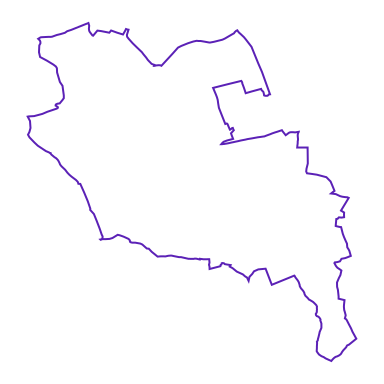 the district of Viisoara, Bihor, Romania
{"feature_id": "2599482B21009724792722", "entity_name": "Viisoara", "entity_type": "district", "adm_level": 2, "iso_a3": "ROU", "parent_name": "Romania", "parent_adm1": "Bihor", "projection": "robinson", "projection_center": [22.454, 47.387], "detail": "fine", "context": "isolated", "style": "outline", "palette": "violet", "viewbox_px": 384, "rotation_deg": 0, "n_neighbors": 0, "source": "geoboundaries", "source_scale": "gbopen_adm2", "svg_char_len": 5901}
<svg xmlns="http://www.w3.org/2000/svg" viewBox="0 0 384 384"><path d="M356.3,338.7L352.4,331.6L351.1,328.5L349.1,324.7L346.9,320.4L346.3,319.4L344.9,318.4L345.7,315.3L344.8,311.9L344.2,310.0L343.9,306.8L344.0,304.8L344.5,300.1L342.4,299.6L338.6,298.7L338.6,296.4L337.9,289.8L337.1,286.9L337.0,282.5L338.9,278.0L340.4,275.1L341.4,270.5L339.6,269.2L337.5,267.8L337.0,267.3L335.9,265.9L335.3,264.8L334.8,263.8L334.4,263.1L334.8,262.4L337.3,262.1L340.0,261.3L341.5,258.8L345.2,258.1L348.1,257.0L350.8,255.9L349.3,250.7L348.3,248.9L347.3,247.4L347.1,245.4L347.0,243.7L345.6,240.7L344.0,237.0L342.8,233.8L341.1,227.1L339.4,226.9L337.2,226.4L335.7,226.0L335.7,225.9L336.3,219.0L337.6,218.8L338.2,218.1L338.8,217.4L339.5,217.4L341.5,217.6L344.1,217.2L344.0,214.5L344.1,212.5L341.0,210.6L348.7,197.9L347.4,197.3L345.0,197.1L342.2,196.7L340.0,196.1L335.8,194.1L331.1,193.5L332.8,192.1L334.5,190.9L332.1,185.0L330.6,181.5L326.4,177.2L316.9,174.7L311.6,173.9L307.0,173.3L306.2,171.5L306.5,168.7L307.8,163.5L307.6,147.5L297.2,147.5L297.3,146.6L297.4,145.3L297.5,144.8L297.6,144.0L297.7,143.1L297.7,142.3L297.7,141.7L297.8,140.8L297.9,140.5L298.0,139.6L298.0,138.9L297.9,137.8L297.8,137.0L297.7,135.1L297.9,133.9L298.2,132.9L298.4,132.5L298.6,132.2L298.7,131.8L295.2,132.4L294.1,132.3L293.0,132.2L292.1,132.2L291.0,132.2L290.2,132.3L289.3,132.6L288.6,133.0L287.5,133.9L285.7,135.2L282.6,131.3L281.9,130.2L280.4,130.7L277.4,131.7L274.8,132.5L272.2,133.4L270.0,134.3L268.3,134.9L266.4,135.6L264.4,136.4L262.8,136.6L260.1,137.0L257.8,137.3L251.8,138.4L249.3,138.8L247.5,139.1L245.4,139.6L240.8,140.5L238.3,141.1L235.4,141.7L233.2,142.2L231.6,142.5L229.9,142.9L228.1,143.3L225.1,143.8L223.9,144.0L223.2,144.0L222.6,144.1L221.9,144.2L221.3,144.2L222.4,142.9L223.6,141.8L227.0,140.5L233.1,138.9L231.9,135.8L231.0,133.3L232.4,131.8L233.8,130.2L233.5,129.7L233.2,129.0L232.9,128.3L232.8,127.9L232.2,128.0L231.4,128.7L230.3,129.6L229.9,129.7L228.4,126.2L227.6,124.2L227.2,123.7L226.7,123.5L225.3,124.0L222.0,115.7L218.9,107.8L218.2,103.6L217.7,99.9L217.0,97.4L215.9,94.5L215.0,92.4L213.1,87.9L227.0,84.4L241.3,80.9L242.0,82.0L242.3,83.0L242.3,83.6L242.9,85.0L244.0,88.0L244.9,90.7L245.7,93.2L251.9,91.4L261.1,88.9L261.3,89.4L261.7,90.3L262.6,91.1L263.3,91.8L263.6,92.7L263.9,94.0L264.1,95.4L264.6,95.6L265.6,95.8L267.0,95.8L267.6,95.7L268.2,95.2L268.7,94.5L270.0,94.3L262.0,72.0L258.3,63.5L251.5,46.8L245.8,39.4L243.9,37.1L240.6,34.0L238.9,32.5L237.9,31.2L237.3,30.3L236.1,30.9L234.7,32.2L234.0,33.3L232.0,34.4L224.8,38.6L222.4,39.7L214.0,41.8L210.3,42.5L209.1,42.5L204.2,41.6L200.7,41.0L198.4,41.0L196.7,40.8L193.4,41.5L188.1,43.2L181.4,45.9L178.0,47.6L172.4,53.9L161.4,65.8L160.4,65.3L158.7,65.2L156.4,65.4L154.3,65.9L154.1,65.9L154.3,65.5L154.5,64.9L153.2,64.5L152.1,64.1L151.3,63.6L150.3,62.5L149.2,61.4L147.8,59.9L146.2,57.6L144.7,55.8L143.3,54.1L141.9,52.2L137.2,47.7L132.7,43.3L128.5,38.6L127.1,36.7L126.9,34.9L128.5,29.7L127.4,29.5L126.0,29.0L125.2,30.7L123.0,34.5L117.2,32.7L111.1,30.5L109.3,32.7L101.2,31.1L97.4,30.6L93.1,35.7L92.4,35.4L90.8,33.3L89.8,32.0L89.2,30.8L88.9,28.8L89.2,25.7L88.4,23.0L71.2,29.9L67.2,31.2L64.9,32.8L60.5,34.1L56.8,35.0L52.1,36.7L50.5,36.9L47.7,36.9L41.9,37.2L40.9,37.3L40.5,37.4L38.7,38.5L38.2,38.8L39.9,40.5L40.4,41.9L40.4,43.4L39.3,45.4L39.0,52.3L40.1,57.0L47.0,60.7L53.4,64.6L55.9,66.5L56.9,68.2L57.1,72.5L59.9,82.0L62.5,85.8L63.8,95.4L63.8,98.2L62.5,100.0L59.7,103.4L57.5,103.7L56.1,104.3L55.7,104.8L55.6,105.6L56.8,106.3L57.9,107.2L57.8,107.9L56.8,108.6L47.3,111.8L42.4,113.9L34.1,116.1L28.7,116.4L27.7,116.6L30.0,121.0L30.5,128.0L29.4,132.0L28.0,134.7L29.5,137.4L34.5,142.6L37.8,145.7L45.9,151.1L49.0,152.4L50.1,153.2L50.6,153.1L50.8,153.8L51.4,154.6L54.5,157.2L56.1,158.2L57.7,159.8L58.6,161.2L59.6,163.2L60.0,164.3L60.6,165.2L61.6,166.4L65.2,169.8L67.4,172.7L69.3,174.7L71.5,176.6L76.0,180.0L77.8,181.9L78.4,183.8L80.3,183.9L84.2,192.6L87.8,201.3L90.3,208.6L90.2,209.9L93.9,214.0L96.7,220.9L99.7,228.7L101.7,234.6L102.6,236.4L102.5,237.9L102.2,238.7L101.4,239.3L100.4,239.5L100.7,239.8L102.5,239.1L106.2,239.1L109.6,238.9L112.5,238.0L117.7,234.8L119.8,235.3L123.7,236.7L128.5,238.9L129.5,239.9L130.2,241.4L130.0,241.7L130.2,242.0L131.0,242.4L132.4,242.7L135.4,242.7L140.4,243.6L142.3,244.5L146.8,248.5L148.8,248.7L151.7,251.8L157.6,256.6L158.9,256.5L159.7,256.4L162.0,256.3L165.5,256.4L168.2,255.8L170.3,255.6L171.6,255.6L173.8,256.1L178.9,257.1L180.9,257.1L188.4,258.8L193.4,258.9L194.9,258.6L196.4,258.7L199.8,259.5L199.9,258.8L203.8,259.3L209.2,259.2L209.5,262.6L209.0,264.8L209.5,266.6L209.6,269.0L220.4,266.2L220.7,264.8L221.4,264.5L221.8,263.5L221.8,263.2L222.7,263.0L224.0,263.3L224.7,264.1L226.3,264.4L230.6,265.1L229.7,266.6L232.5,268.1L236.8,271.6L242.9,274.4L245.0,276.3L247.1,277.6L247.9,279.5L248.6,280.9L249.5,276.8L252.2,274.0L252.6,273.4L254.0,271.3L258.3,269.4L265.6,268.7L271.8,284.8L294.3,275.6L294.7,276.0L295.4,277.4L297.5,280.1L298.0,280.9L298.4,281.5L298.9,282.6L299.3,283.9L299.7,285.1L299.7,285.9L300.1,286.8L300.9,288.2L301.2,288.6L302.2,289.7L303.4,291.2L304.3,292.8L304.4,293.7L304.9,294.8L305.5,295.9L306.4,296.7L307.9,298.2L309.0,299.6L309.7,299.9L311.9,301.2L313.0,301.9L313.8,302.6L315.0,303.8L315.6,304.4L316.4,305.3L317.0,306.7L316.8,308.0L316.9,308.5L317.0,309.1L316.9,310.2L316.8,310.7L316.9,311.1L316.8,311.3L316.8,312.1L316.6,312.5L316.5,312.8L316.4,313.0L315.8,313.9L316.0,315.1L316.8,316.1L318.2,316.6L319.1,317.3L320.2,318.8L320.5,319.6L320.4,319.8L320.3,320.3L321.1,322.6L321.4,323.5L321.4,327.9L319.6,332.1L319.5,332.9L318.5,337.1L317.9,339.2L317.8,340.3L316.9,341.8L317.1,342.8L316.9,346.4L316.9,347.9L316.7,351.2L317.4,352.4L319.0,354.5L321.5,356.2L323.7,357.1L325.6,358.4L331.3,361.0L332.7,359.3L333.9,358.1L335.5,356.9L337.1,356.4L338.8,355.6L340.6,354.3L341.3,353.4L341.8,352.4L343.2,350.4L345.1,348.4L346.2,347.2L346.7,346.1L347.2,345.4L348.9,344.7L354.0,340.6L356.3,338.7Z" fill="none" stroke="#5b21b6" stroke-width="2"/></svg>